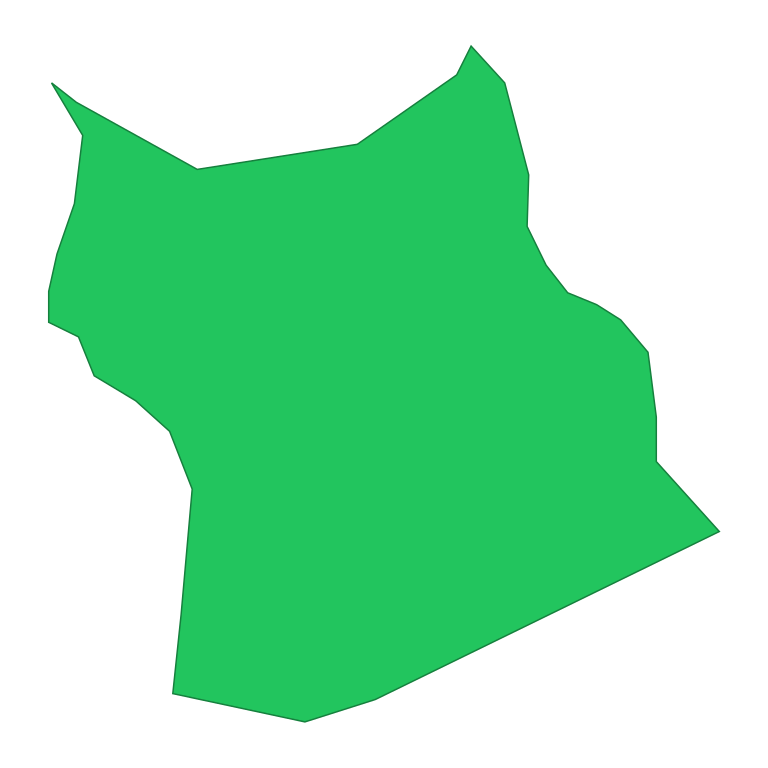 outline of Selnica ob Dravi
{"feature_id": "SVN-234", "entity_name": "Selnica ob Dravi", "entity_type": "Municipality", "adm_level": 1, "iso_a3": "SVN", "parent_name": "Slovenia", "parent_adm1": "", "projection": "equal_earth", "projection_center": [15.485, 46.584], "detail": "fine", "context": "isolated", "style": "filled", "palette": "green", "viewbox_px": 768, "rotation_deg": 0, "n_neighbors": 0, "source": "natural_earth", "source_scale": "10m", "svg_char_len": 513}
<svg xmlns="http://www.w3.org/2000/svg" viewBox="0 0 768 768"><path d="M197.2,169.4L357.3,144.3L456.7,74.9L471.1,46.1L504.7,82.9L528.7,174.9L527.1,226.4L546.1,265.2L567.7,292.8L596.7,304.7L620.7,319.9L648.0,352.3L656.3,417.1L656.3,461.6L719.3,531.5L375.3,699.5L304.9,721.9L172.8,693.6L181.1,614.8L192.2,489.1L169.6,431.3L135.6,400.7L94.2,375.8L78.5,336.9L48.7,322.3L48.7,291.4L57.0,254.0L74.4,203.7L82.7,135.4L52.0,83.8L51.6,82.9L76.3,102.3L197.2,169.4Z" fill="#22c55e" stroke="#15803d" stroke-width="1.5"/></svg>